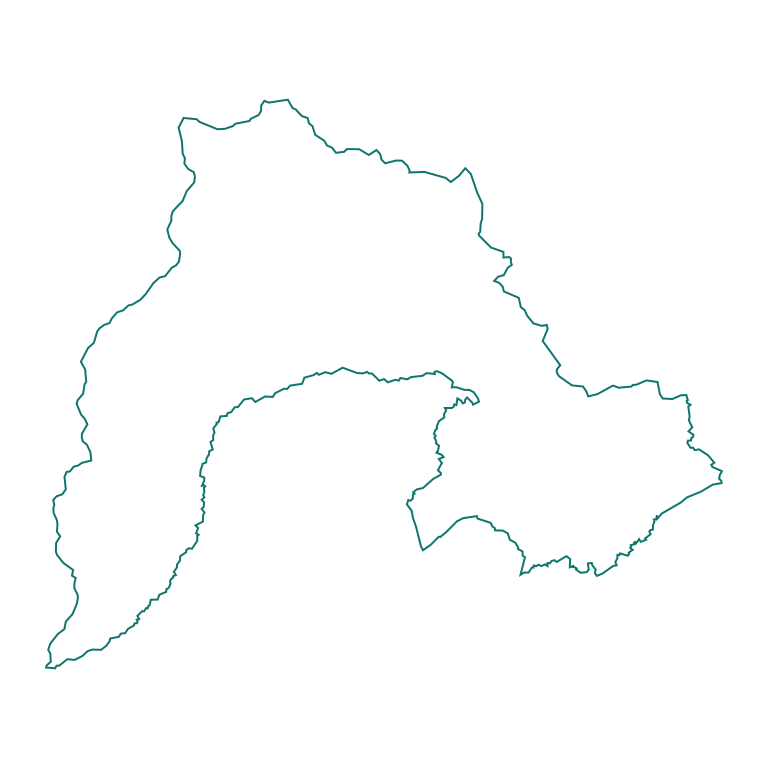 Tulnici, Vrancea, Romania
{"feature_id": "2599482B64394491062191", "entity_name": "Tulnici", "entity_type": "district", "adm_level": 2, "iso_a3": "ROU", "parent_name": "Romania", "parent_adm1": "Vrancea", "projection": "albers", "projection_center": [26.524, 45.947], "detail": "fine", "context": "isolated", "style": "outline", "palette": "teal", "viewbox_px": 768, "rotation_deg": 0, "n_neighbors": 0, "source": "geoboundaries", "source_scale": "gbopen_adm2", "svg_char_len": 6058}
<svg xmlns="http://www.w3.org/2000/svg" viewBox="0 0 768 768"><path d="M46.1,667.5L55.0,668.3L56.7,665.7L59.3,665.6L67.3,659.2L74.6,659.9L82.2,656.1L87.7,651.1L92.3,649.6L101.1,649.8L106.3,645.8L109.5,641.4L110.2,638.5L118.9,636.8L120.7,633.7L125.2,633.1L128.0,628.9L133.9,625.5L134.7,623.3L137.0,623.2L137.6,621.7L136.7,619.7L139.2,619.0L137.4,615.9L142.1,611.2L144.0,611.4L146.2,608.0L147.7,608.4L148.5,605.8L149.6,605.4L150.8,599.7L157.6,599.6L159.4,594.7L166.2,591.9L166.3,589.3L168.8,587.8L170.6,583.5L170.0,581.8L170.9,579.3L173.1,577.6L173.1,576.2L175.9,575.0L173.8,572.0L177.0,567.3L177.0,564.6L180.0,560.5L180.2,556.2L186.0,552.3L186.2,550.2L189.0,548.2L191.9,548.8L197.2,541.0L197.3,535.7L198.6,534.8L196.1,533.4L198.1,528.0L195.5,525.4L202.9,521.6L203.1,515.2L204.5,512.6L201.6,508.9L203.5,507.2L204.0,504.1L204.0,502.2L201.7,499.7L204.3,497.3L203.2,495.2L204.3,492.0L204.0,487.6L205.2,486.4L203.9,485.2L202.0,485.7L204.2,480.6L204.3,477.6L200.1,476.0L200.6,470.4L202.7,463.8L206.1,462.4L206.6,458.1L209.0,454.4L209.2,451.3L212.7,449.5L210.5,442.0L213.2,440.2L213.2,435.1L214.5,432.6L213.3,428.4L216.8,424.0L216.5,422.6L218.6,422.2L220.4,416.4L226.8,415.9L227.4,413.3L231.2,412.1L234.7,407.3L238.0,407.0L244.0,399.5L251.9,398.2L255.3,402.0L265.0,396.5L272.8,396.9L275.2,393.1L284.1,388.7L287.1,389.0L290.1,385.6L302.1,383.8L304.4,377.7L313.9,375.0L316.6,372.9L318.9,374.8L325.2,372.2L331.5,373.8L342.6,367.7L357.0,373.0L362.9,373.4L367.2,371.9L368.8,373.4L372.1,373.6L379.3,380.7L384.1,379.1L387.8,382.3L395.4,379.8L398.8,380.6L400.4,378.0L407.3,379.3L411.0,377.1L422.5,375.8L426.6,373.1L434.8,374.0L434.5,372.0L436.7,371.2L441.7,373.1L451.8,380.5L452.9,382.2L451.8,387.4L456.1,387.1L464.1,389.8L469.5,390.0L473.8,392.3L477.9,398.2L479.0,401.7L473.0,404.6L472.3,402.6L467.0,397.5L465.2,399.7L464.9,402.4L462.8,403.4L461.3,400.8L457.4,398.4L456.4,405.0L454.3,404.4L453.8,406.6L451.8,408.0L444.9,408.0L446.2,410.4L444.0,414.2L444.3,417.4L439.0,421.1L436.8,426.3L437.0,428.9L435.4,429.8L433.9,434.0L435.7,435.8L434.5,437.7L436.3,441.4L435.9,443.1L439.0,445.8L438.0,450.6L436.5,452.7L441.7,454.8L443.6,457.1L438.8,459.0L441.9,463.0L437.9,470.2L440.9,473.1L440.9,474.6L433.1,479.0L423.0,488.0L416.8,489.4L413.2,492.3L414.5,493.7L413.1,494.5L412.5,499.0L410.4,500.7L408.3,500.1L406.9,504.4L411.8,511.0L412.9,517.8L415.9,526.2L420.9,546.2L423.0,550.2L430.6,544.9L438.8,536.7L440.2,537.0L445.6,532.7L457.2,521.1L463.5,518.1L476.8,516.1L477.6,518.6L490.6,522.8L492.5,526.6L494.8,528.1L495.1,530.4L502.8,530.6L507.8,533.4L509.8,539.7L515.4,542.8L518.2,547.5L518.0,549.0L522.5,551.4L522.7,555.7L525.0,557.2L520.5,574.8L524.1,572.6L528.6,572.5L532.0,567.4L533.7,567.5L533.8,565.5L536.4,566.1L538.5,564.7L541.5,566.1L545.1,564.3L547.5,566.0L547.6,563.0L550.1,563.2L551.5,561.0L554.5,560.2L556.7,562.0L566.4,556.1L570.2,559.1L569.8,567.3L573.0,566.0L572.8,567.0L575.4,567.5L576.7,568.6L576.0,569.6L580.7,572.8L586.7,572.1L588.7,569.6L587.9,563.4L591.8,563.0L592.4,565.4L595.7,569.6L594.8,573.0L596.9,575.9L602.4,573.6L613.1,566.0L616.6,565.2L615.4,562.0L617.5,558.0L617.4,554.9L619.5,555.0L620.0,553.4L627.9,555.7L629.1,554.0L628.6,552.7L632.7,549.8L630.2,548.0L631.2,546.3L630.8,545.1L634.7,544.2L634.1,542.5L635.2,542.0L636.2,543.2L639.1,539.2L640.8,541.9L646.1,539.7L645.2,538.4L650.6,534.2L649.3,531.6L650.6,529.9L652.8,529.7L653.0,525.0L654.5,521.7L653.8,519.5L656.2,519.2L656.9,515.2L657.2,518.8L661.9,513.5L681.3,502.2L686.7,497.5L700.7,491.8L712.8,484.6L721.6,483.1L721.3,480.9L719.1,478.7L719.8,475.0L721.9,471.1L712.4,467.0L711.3,464.8L714.3,462.7L708.1,455.3L699.1,449.4L694.7,450.1L693.1,447.7L690.5,447.8L687.3,442.8L688.0,440.6L690.9,440.6L691.4,438.0L693.1,436.9L693.3,434.7L688.5,431.4L692.3,427.3L688.8,420.2L689.7,416.6L688.3,406.7L690.5,404.8L687.0,402.9L686.7,400.7L687.8,400.1L686.3,395.0L681.0,395.3L672.3,399.0L662.7,398.5L659.9,394.1L657.5,382.0L646.5,380.4L636.1,384.8L632.9,384.9L631.3,386.6L618.5,387.7L613.0,385.6L597.4,394.1L588.2,396.4L586.3,391.3L582.9,386.5L572.0,385.4L558.9,376.1L556.7,372.3L556.9,369.4L560.2,365.2L542.7,341.0L547.6,329.2L546.8,325.0L541.6,325.8L533.3,323.3L527.2,315.7L524.6,310.1L520.8,307.1L518.8,297.9L503.8,291.4L502.8,286.8L499.2,282.9L494.2,280.9L498.0,276.8L503.8,275.1L507.6,267.9L511.8,264.8L510.8,262.1L511.0,258.6L509.2,257.1L503.5,257.5L503.4,251.9L491.1,247.6L479.2,235.7L478.6,233.9L480.2,231.7L480.7,223.4L482.1,218.9L482.4,203.9L477.3,192.9L470.8,173.9L465.3,168.2L459.0,175.8L450.8,182.0L445.6,177.9L424.4,171.9L409.3,172.5L409.6,170.6L407.5,165.9L402.1,160.7L396.3,160.5L385.2,163.3L381.6,159.7L380.1,154.0L376.5,150.0L368.8,155.0L359.2,149.2L346.8,149.1L344.2,151.8L336.0,152.8L332.1,147.7L327.0,145.5L324.2,140.7L315.2,134.8L312.5,126.2L309.0,123.3L307.6,118.0L301.9,116.1L295.8,109.5L292.6,108.1L287.8,99.7L268.9,102.6L264.3,100.9L261.1,105.7L261.1,110.9L258.6,115.0L250.8,118.8L249.4,121.0L235.5,123.7L232.7,126.2L224.6,128.9L217.3,129.2L199.5,121.9L196.6,119.2L183.6,118.0L178.6,127.7L181.9,141.0L182.7,153.9L184.9,158.1L184.4,163.7L188.2,169.0L193.8,172.2L194.9,176.4L194.2,182.4L186.8,191.0L182.6,201.0L172.7,211.4L171.3,216.2L171.4,220.6L167.3,229.5L169.4,237.9L172.8,243.4L179.7,250.7L180.2,253.4L178.9,261.8L176.1,265.3L171.7,267.8L165.2,276.1L159.6,277.5L153.4,283.1L145.9,293.9L140.3,299.8L132.4,304.5L128.5,305.4L123.0,310.4L117.2,312.3L111.8,318.4L109.6,323.0L104.0,325.0L99.3,328.5L97.2,331.5L93.9,342.8L88.0,348.1L80.9,361.7L85.2,369.5L86.2,381.7L84.5,384.5L83.1,393.8L77.6,400.2L76.7,404.0L81.1,414.6L84.6,418.6L87.4,424.3L82.0,433.7L81.8,437.3L82.7,441.3L86.9,444.7L90.4,452.2L91.3,460.5L82.1,462.8L77.8,465.7L73.8,466.6L69.8,471.5L66.6,471.9L64.5,476.9L65.8,489.4L62.3,494.3L56.6,496.3L53.2,500.0L54.3,505.0L53.3,508.4L53.6,512.8L56.8,519.9L57.5,524.5L56.9,531.7L60.2,536.3L56.1,543.0L55.9,551.9L57.2,555.2L63.4,563.0L73.1,570.0L72.0,575.7L75.7,577.9L74.3,583.8L74.5,588.6L77.4,594.3L78.0,597.7L76.7,604.2L72.5,614.1L65.8,621.6L64.4,629.1L57.9,634.0L50.3,643.6L48.2,649.8L50.3,653.6L50.8,661.6L46.7,665.4L46.1,667.5Z" fill="none" stroke="#0f766e" stroke-width="2"/></svg>